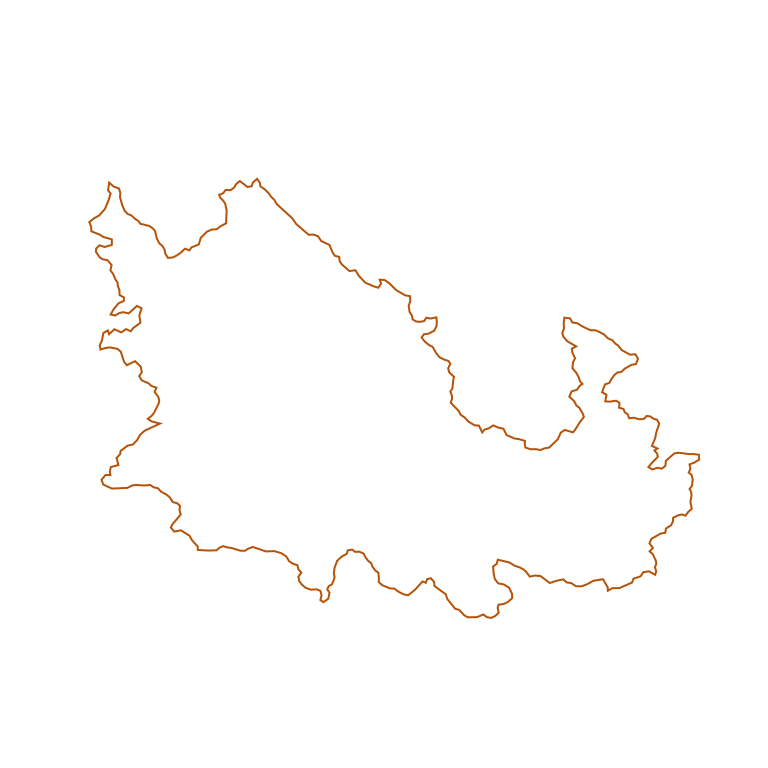 outline of Iporanga, São Paulo, Brazil, rotated 79°
{"feature_id": "56859067B48219000211613", "entity_name": "Iporanga", "entity_type": "district", "adm_level": 2, "iso_a3": "BRA", "parent_name": "Brazil", "parent_adm1": "São Paulo", "projection": "robinson", "projection_center": [-48.552, -24.49], "detail": "fine", "context": "isolated", "style": "outline", "palette": "amber", "viewbox_px": 768, "rotation_deg": 79, "n_neighbors": 0, "source": "geoboundaries", "source_scale": "gbopen_adm2", "svg_char_len": 6156}
<svg xmlns="http://www.w3.org/2000/svg" viewBox="0 0 768 768"><g transform="rotate(79 384 384)"><path d="M158.4,469.5L161.3,474.4L164.6,476.1L164.6,480.3L157.3,486.8L159.2,490.6L162.7,493.8L164.4,497.6L163.4,502.6L166.0,505.4L166.9,509.7L170.1,509.1L172.9,507.1L176.9,505.4L183.9,505.4L196.2,508.4L197.8,514.0L200.2,518.9L199.5,523.4L200.6,528.6L205.6,536.0L211.7,539.2L213.1,546.8L215.7,549.5L213.2,553.5L216.6,559.0L218.4,563.2L219.5,567.3L219.0,572.0L214.1,573.9L210.4,573.7L206.3,575.1L202.9,577.8L197.8,579.2L190.1,579.6L187.2,581.2L184.0,584.3L180.3,592.5L177.1,594.1L174.1,597.1L170.2,599.9L168.2,603.2L164.4,605.5L158.9,606.8L149.9,607.5L146.5,606.4L141.6,606.8L138.6,611.7L133.9,615.4L141.3,617.9L144.8,616.0L150.9,619.2L159.0,624.6L164.2,631.5L166.1,637.2L168.8,642.4L173.4,641.5L178.3,642.1L183.1,634.6L186.1,631.5L190.1,623.6L195.5,624.6L196.2,632.1L193.6,636.8L196.2,640.8L199.4,641.5L205.3,639.0L207.7,636.6L209.8,631.7L215.3,628.7L220.2,630.9L224.3,628.9L230.2,627.7L233.5,626.2L236.9,626.6L241.1,625.8L246.2,626.6L249.4,622.8L252.9,623.6L254.1,629.1L258.9,635.0L263.6,639.1L265.5,634.8L263.9,630.7L263.7,626.5L266.0,621.1L260.2,611.6L263.4,607.5L270.0,611.1L277.4,611.4L281.2,619.5L283.9,622.6L280.9,626.7L283.2,632.1L278.8,638.3L282.7,644.3L278.7,645.0L280.5,649.8L287.4,652.5L291.8,655.7L296.1,655.7L295.5,651.2L295.7,646.4L298.6,639.0L302.1,636.2L312.6,634.9L316.5,632.9L314.1,624.0L320.5,619.5L326.3,619.5L329.5,622.8L334.2,621.1L338.4,615.0L341.5,612.7L344.2,608.1L348.0,610.7L353.4,608.1L357.0,607.7L360.0,608.8L368.5,615.3L371.2,618.6L373.1,622.5L376.4,619.3L380.1,611.4L384.1,627.7L387.3,633.1L392.1,637.2L395.5,642.1L395.5,647.2L399.4,655.3L402.6,656.4L405.5,660.6L412.9,660.2L413.4,668.0L417.5,669.8L421.2,670.0L420.2,674.7L424.1,679.6L429.1,678.8L434.7,671.1L437.0,655.8L435.5,650.2L435.9,646.2L437.8,639.1L438.6,632.6L441.4,629.9L443.2,625.8L447.0,623.5L451.2,618.5L454.3,616.0L459.7,613.8L461.5,609.9L464.7,607.5L468.6,608.8L473.4,608.5L481.0,618.1L484.2,620.7L488.8,618.1L488.9,611.2L495.8,603.9L500.9,602.2L508.0,597.9L511.4,598.4L513.9,588.6L515.3,580.1L513.3,576.8L512.5,572.8L514.4,569.2L515.8,565.1L520.2,556.9L521.2,552.4L519.8,548.8L518.9,543.9L525.8,531.9L527.1,523.7L530.4,517.2L534.5,512.9L539.9,510.9L543.2,507.5L545.3,503.5L549.3,503.5L553.5,501.2L556.8,504.8L561.6,504.8L565.1,503.0L569.0,499.9L571.9,495.2L572.7,489.3L574.9,485.9L579.6,485.6L583.9,487.7L586.6,485.2L584.2,479.7L578.5,477.3L574.6,478.9L571.9,476.7L570.7,473.4L567.8,471.2L564.0,469.3L560.4,469.4L554.8,467.5L548.6,463.7L545.2,458.2L543.7,453.1L540.3,451.2L540.5,446.8L543.2,444.5L543.9,440.3L546.6,436.3L550.4,435.3L554.6,433.3L557.4,430.8L561.3,430.1L565.3,428.2L568.2,425.6L572.7,425.9L577.3,426.9L581.0,424.3L585.8,417.2L586.8,412.9L590.5,409.6L594.1,405.0L596.0,400.7L592.0,393.0L585.2,383.8L587.1,380.9L583.9,378.9L583.6,375.1L587.8,372.6L592.0,373.0L602.3,363.4L606.8,363.0L618.2,357.1L620.0,353.4L626.3,349.4L629.0,346.3L630.6,337.2L629.2,330.4L632.6,327.4L634.1,323.1L632.8,318.8L630.4,315.1L625.4,315.1L622.5,313.7L622.8,308.6L621.6,304.0L618.6,299.0L614.2,298.4L607.8,300.1L603.7,304.5L601.5,309.9L596.5,312.5L590.2,312.5L583.9,311.7L582.2,307.8L578.2,305.8L583.1,295.0L587.4,290.3L590.0,285.7L592.8,282.3L596.4,279.8L600.9,277.7L600.8,272.4L602.4,267.0L611.0,259.3L610.1,252.6L610.0,245.3L613.7,242.4L615.2,238.1L619.1,234.2L620.3,229.0L619.4,223.1L617.1,215.9L617.4,206.3L626.2,203.2L629.6,203.7L628.0,198.6L629.3,191.9L626.2,178.4L622.7,176.2L621.7,168.8L618.2,165.4L618.4,159.7L623.0,154.2L619.6,152.5L615.6,153.0L612.4,151.0L609.0,150.9L602.0,152.8L599.0,155.2L596.2,151.3L591.1,153.8L587.0,151.1L583.6,141.0L583.7,136.4L579.6,134.7L577.4,129.1L574.0,126.6L570.5,125.7L569.1,120.7L568.9,116.3L570.8,113.2L567.5,109.6L565.2,105.7L558.1,105.7L552.2,103.4L548.5,103.1L545.4,104.1L542.6,101.0L536.5,99.2L531.9,99.4L529.1,101.8L525.8,99.4L521.2,99.4L520.4,94.5L518.4,89.1L513.5,88.4L511.8,93.6L511.1,97.7L507.7,107.9L507.5,112.2L513.2,122.0L518.1,123.4L520.1,127.5L518.4,131.5L519.1,137.0L516.0,140.3L513.0,136.7L507.7,129.1L504.6,129.1L500.9,131.2L499.5,127.9L495.9,132.8L489.0,128.2L483.4,125.9L475.4,121.4L471.2,122.8L469.7,125.9L466.6,128.9L465.5,132.4L467.7,135.1L467.5,139.7L464.8,145.2L464.4,149.9L460.4,150.5L457.7,153.0L454.2,153.7L452.1,157.8L447.7,156.4L444.7,159.3L444.4,165.6L443.3,170.1L437.0,167.7L433.7,171.5L426.6,167.2L425.9,162.5L422.6,159.9L419.5,156.6L417.2,152.7L417.5,148.9L414.9,144.8L412.4,137.4L412.5,132.8L407.7,129.9L402.8,131.5L402.1,137.0L396.0,144.2L390.7,147.0L388.4,149.3L384.7,151.4L382.0,155.4L377.2,158.7L374.0,162.7L371.5,166.4L370.7,170.9L365.7,177.8L361.2,182.7L359.5,187.4L355.1,188.8L353.3,194.3L358.1,195.9L363.9,196.7L368.0,199.3L372.0,198.8L377.1,195.9L383.7,188.2L385.2,192.8L389.2,193.1L395.2,191.5L398.9,194.4L404.6,196.0L409.7,193.1L414.7,191.5L419.0,191.0L421.8,189.2L423.3,192.5L426.4,195.5L427.1,201.3L431.8,204.5L437.1,200.6L441.9,199.2L444.4,196.9L451.1,194.5L454.5,194.1L459.2,199.4L465.5,205.2L467.5,207.8L463.6,215.3L465.5,219.8L471.4,223.9L477.9,234.0L477.8,238.9L478.7,243.0L477.0,247.2L476.0,252.6L473.4,257.3L469.7,257.3L466.7,256.5L463.9,262.0L462.3,266.5L457.5,273.4L450.7,275.3L448.6,280.2L445.5,284.6L447.5,289.7L447.9,293.9L450.3,296.8L443.0,298.8L441.7,303.1L436.8,308.5L432.5,311.0L428.8,314.7L424.7,315.8L415.2,322.1L411.2,319.9L408.0,319.6L404.0,320.3L401.3,317.6L393.5,315.4L390.4,313.9L384.9,317.8L380.8,318.0L376.7,315.0L373.6,316.4L371.7,320.0L368.4,324.3L364.1,326.7L356.8,329.2L354.4,332.3L350.1,335.9L345.5,338.2L342.8,335.3L343.1,330.7L341.2,324.5L337.2,321.4L332.6,320.2L328.6,319.9L328.6,325.9L327.0,329.8L329.9,332.6L329.8,336.9L328.8,340.5L326.0,343.6L322.3,343.5L318.3,345.1L312.1,344.9L307.3,342.2L302.7,341.8L300.9,346.5L294.3,354.0L285.9,359.7L282.0,363.6L280.8,368.3L284.8,367.7L288.4,371.2L286.1,375.6L280.9,383.1L273.0,388.1L266.9,390.3L266.5,396.4L258.6,402.5L255.1,404.1L250.7,403.7L248.8,407.8L245.1,409.3L237.0,411.1L231.6,418.4L226.5,420.5L224.0,424.3L223.1,429.5L210.3,439.6L203.9,442.4L186.7,455.1L182.7,456.3L178.6,459.1L174.7,460.8L170.1,464.0L166.3,467.6L162.7,467.5L158.4,469.5Z" fill="none" stroke="#b45309" stroke-width="2"/></g></svg>